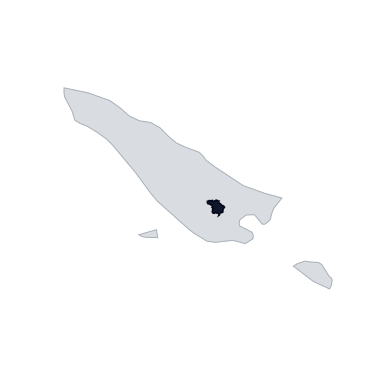 Atsabe, Ermera, East Timor (highlighted), rotated 233°
{"feature_id": "22284137B3640160656935", "entity_name": "Atsabe", "entity_type": "district", "adm_level": 2, "iso_a3": "TLS", "parent_name": "East Timor", "parent_adm1": "Ermera", "projection": "orthographic", "projection_center": [125.398, -8.932], "detail": "fine", "context": "in_parent", "style": "filled", "palette": "ink", "viewbox_px": 384, "rotation_deg": 233, "n_neighbors": 0, "source": "geoboundaries", "source_scale": "gbopen_adm2", "svg_char_len": 4002}
<svg xmlns="http://www.w3.org/2000/svg" viewBox="0 0 384 384"><g transform="rotate(233 192 192)"><path d="M133.1,260.2L129.7,247.3L126.1,241.7L123.3,238.6L122.3,234.7L122.5,230.6L124.2,228.7L136.3,228.2L141.0,221.5L141.0,213.5L138.6,210.8L136.2,209.7L123.7,215.7L120.2,214.6L118.0,212.5L118.7,203.6L129.0,195.3L137.7,180.3L143.8,174.3L158.1,168.7L163.9,167.1L205.4,158.8L215.3,158.3L241.7,158.6L276.9,156.8L285.6,155.7L296.9,152.1L307.9,147.7L313.7,144.1L319.8,141.6L328.8,144.9L344.2,147.4L348.3,149.5L352.2,152.5L334.2,168.3L314.6,181.3L302.5,185.2L290.0,187.8L280.5,192.9L272.4,200.8L262.2,205.2L250.6,206.7L240.7,209.0L231.8,213.7L219.3,221.7L214.2,222.5L208.9,222.3L198.6,225.3L166.4,236.7L147.0,249.4L133.1,260.2ZM31.8,243.5L47.7,235.0L71.8,228.3L71.3,233.1L68.8,240.7L65.1,244.2L59.6,250.6L56.0,252.0L41.5,250.7L39.6,251.6L37.2,250.9L33.4,246.9L31.8,243.5ZM189.9,123.8L183.3,140.9L176.2,137.2L183.8,127.6L187.4,124.8L189.9,123.8Z" fill="#d9dde1" stroke="#a8b0b8" stroke-width="1"/><path d="M173.8,201.5L174.0,201.3L174.1,201.2L174.5,201.0L174.7,200.7L174.9,200.6L174.9,200.3L174.9,200.2L174.8,199.9L174.9,199.6L174.8,199.3L174.7,199.3L174.7,199.1L174.9,199.0L175.1,198.8L175.3,198.7L175.2,198.6L174.9,198.4L174.8,198.1L174.7,198.0L174.5,197.9L174.3,197.9L174.2,197.8L173.9,197.8L173.6,197.7L173.4,197.7L173.2,197.6L172.9,197.7L172.8,197.8L172.7,197.9L172.6,198.0L172.4,198.4L172.4,198.5L172.2,198.5L171.9,198.6L171.7,198.8L171.4,198.9L171.4,199.0L171.2,199.0L170.9,199.1L170.8,199.3L170.6,199.3L170.4,199.3L170.1,199.4L169.8,199.5L169.8,199.8L169.7,199.9L169.2,199.9L168.5,199.9L168.4,199.7L168.0,199.3L167.7,199.0L167.7,198.8L167.4,198.9L166.5,199.2L166.2,199.2L166.1,199.3L165.9,199.2L166.1,198.2L165.9,198.1L165.7,198.0L165.6,197.9L165.2,197.9L164.9,197.6L164.9,197.4L164.7,197.3L164.7,197.2L164.5,196.9L164.5,196.7L164.4,196.5L164.2,196.4L163.9,196.1L163.7,196.1L163.4,196.2L163.2,196.1L163.0,196.3L162.8,196.3L162.6,196.3L162.4,196.2L162.2,196.2L162.1,196.3L162.0,196.5L162.2,196.8L162.1,197.1L161.6,197.1L161.6,197.4L161.6,197.5L161.5,198.0L161.4,198.2L161.4,198.3L161.2,198.4L160.9,198.5L160.5,198.8L160.3,199.0L160.2,199.3L159.8,199.7L159.4,199.9L159.2,200.2L158.9,200.1L158.7,200.1L158.2,200.0L157.7,199.9L157.5,199.7L157.2,199.2L157.2,199.3L157.2,199.7L157.3,200.0L157.2,200.2L157.2,200.3L157.4,200.5L157.6,200.6L157.9,200.8L158.2,201.2L158.2,201.4L158.6,201.8L158.6,202.0L158.5,202.3L158.4,202.3L158.2,202.3L158.0,202.5L157.8,202.8L157.7,203.1L157.6,203.3L157.6,203.6L157.5,203.8L157.4,203.9L157.4,204.0L157.5,204.1L157.8,203.9L157.9,204.0L158.0,204.2L157.9,204.3L158.0,204.4L158.1,204.5L157.9,204.7L157.8,204.8L158.1,204.9L158.3,204.8L158.5,204.8L158.6,205.0L158.6,205.4L158.5,205.5L158.8,205.8L159.0,205.9L159.0,206.0L159.3,206.2L159.4,206.3L159.4,206.2L159.5,206.3L159.7,206.5L159.8,206.8L159.7,206.8L159.8,207.0L160.0,207.3L160.0,207.5L160.2,208.0L160.0,208.3L160.2,208.7L160.3,208.6L160.5,208.6L160.6,208.8L160.8,208.8L161.1,208.8L161.3,208.9L161.5,208.9L161.6,208.7L161.9,208.7L162.0,208.7L162.3,208.6L162.3,208.4L162.5,208.4L162.6,208.2L162.8,208.2L163.0,208.1L163.0,207.9L163.3,207.9L163.5,207.8L163.8,207.8L164.1,207.8L164.3,207.8L164.3,207.7L164.7,207.7L164.8,207.7L165.0,207.6L165.3,207.6L165.5,207.5L165.8,207.5L165.9,207.4L166.1,207.4L166.5,207.3L166.7,207.2L166.8,207.1L167.0,207.2L167.4,207.2L167.7,207.4L167.8,207.4L167.8,207.5L168.0,207.6L168.4,207.8L168.5,207.8L168.8,207.7L168.8,207.8L168.9,207.7L169.0,207.6L169.4,207.4L169.5,207.4L169.8,207.2L170.0,207.1L170.4,207.0L170.5,207.0L170.6,206.9L170.7,206.7L170.7,206.4L170.8,206.3L171.0,206.1L171.2,205.8L171.2,205.7L171.0,205.4L171.0,205.2L170.9,205.1L171.0,205.0L170.8,204.9L170.8,204.7L171.0,204.6L171.2,204.3L171.2,204.2L171.3,204.1L171.4,203.9L171.5,203.9L171.6,203.7L171.8,203.6L172.0,203.4L172.3,203.3L172.3,203.2L172.5,203.2L172.8,203.3L172.8,203.2L173.0,202.9L173.2,202.6L173.4,202.5L173.5,202.4L173.6,202.1L173.6,201.9L173.5,201.7L173.8,201.5Z" fill="#0f172a" stroke="#020617" stroke-width="1.5"/></g></svg>